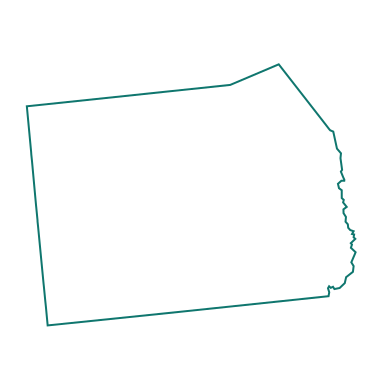 Tooele, Utah, United States of America, rotated 354°
{"feature_id": "52423323B26439828706648", "entity_name": "Tooele", "entity_type": "district", "adm_level": 2, "iso_a3": "USA", "parent_name": "United States of America", "parent_adm1": "Utah", "projection": "robinson", "projection_center": [-112.693, 40.491], "detail": "fine", "context": "isolated", "style": "outline", "palette": "teal", "viewbox_px": 384, "rotation_deg": 354, "n_neighbors": 0, "source": "geoboundaries", "source_scale": "gbopen_adm2", "svg_char_len": 1032}
<svg xmlns="http://www.w3.org/2000/svg" viewBox="0 0 384 384"><g transform="rotate(354 192 192)"><path d="M344.6,196.7L344.8,195.8L343.9,193.1L342.2,187.3L343.6,185.7L343.2,173.9L344.2,169.1L340.7,164.0L338.8,146.7L336.1,145.2L335.9,145.1L335.1,144.0L330.1,135.9L291.6,74.1L241.2,89.5L175.0,89.5L36.7,89.5L36.2,135.4L36.1,137.9L36.1,138.0L36.1,144.6L35.5,188.7L35.5,190.9L35.5,191.2L35.4,204.1L35.3,205.2L35.3,210.5L35.0,243.9L34.8,267.1L34.8,269.6L34.8,270.9L34.7,284.5L34.7,291.2L34.5,309.6L166.8,309.9L316.9,309.9L318.0,306.1L317.2,301.9L318.5,300.1L320.0,301.8L322.3,301.0L323.5,303.4L328.8,302.9L334.4,298.6L336.4,292.8L343.7,288.2L345.0,282.6L343.1,278.6L347.4,270.9L348.4,269.0L344.2,264.1L345.6,261.0L344.6,259.5L349.5,255.7L348.0,253.9L348.8,251.2L346.8,250.5L348.6,247.9L345.4,246.4L343.6,243.9L343.6,240.4L341.6,237.6L342.5,232.9L340.5,228.9L340.8,225.1L344.3,223.0L341.2,218.2L342.1,215.7L340.3,213.7L341.1,205.9L338.6,203.6L338.0,199.1L341.8,196.4L344.6,196.7Z" fill="none" stroke="#0f766e" stroke-width="2"/></g></svg>